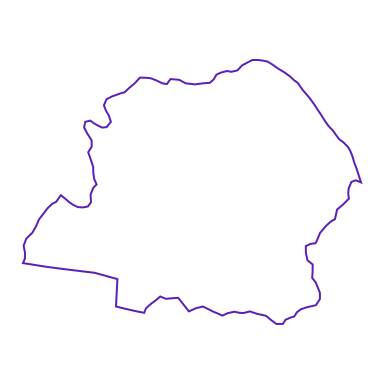 outline of Paracuru, Ceará, Brazil
{"feature_id": "56859067B64518825165882", "entity_name": "Paracuru", "entity_type": "district", "adm_level": 2, "iso_a3": "BRA", "parent_name": "Brazil", "parent_adm1": "Ceará", "projection": "robinson", "projection_center": [-39.039, -3.479], "detail": "fine", "context": "isolated", "style": "outline", "palette": "violet", "viewbox_px": 384, "rotation_deg": 0, "n_neighbors": 0, "source": "geoboundaries", "source_scale": "gbopen_adm2", "svg_char_len": 1969}
<svg xmlns="http://www.w3.org/2000/svg" viewBox="0 0 384 384"><path d="M361.0,182.4L356.7,169.0L354.1,162.1L352.7,157.0L350.3,151.0L348.0,147.0L343.5,142.4L339.3,139.3L336.4,135.5L332.8,130.4L328.6,126.1L324.7,120.6L321.2,115.0L318.0,110.2L313.8,103.8L309.2,97.5L306.2,94.0L302.4,89.6L297.7,82.8L294.1,80.3L289.9,76.3L284.9,72.7L277.4,68.1L272.2,64.4L267.4,61.5L262.7,60.6L258.2,60.0L252.3,60.0L247.7,62.4L242.1,65.4L237.4,70.4L231.3,71.8L226.9,71.0L220.6,72.7L216.4,74.7L213.7,79.4L209.9,82.8L203.0,83.3L195.2,84.4L185.6,83.3L179.1,79.8L170.5,79.1L166.8,84.1L162.3,83.3L156.3,80.4L150.9,78.3L146.4,77.8L140.0,77.6L134.4,83.6L129.2,87.9L124.7,92.2L119.6,93.7L111.8,96.5L106.5,99.3L103.9,105.3L105.8,110.3L108.7,115.3L110.9,121.8L106.7,127.1L102.2,127.6L98.4,125.8L94.6,123.7L90.2,120.6L85.2,121.9L84.1,127.4L87.4,133.7L91.6,140.3L91.7,146.7L88.2,152.2L90.6,159.1L93.2,166.9L93.3,173.0L94.3,179.3L96.6,184.4L93.2,187.9L90.6,194.5L91.0,202.3L87.9,206.5L82.9,207.4L77.8,207.1L72.7,204.6L68.9,201.9L65.4,198.8L60.8,195.2L56.2,201.8L52.1,203.9L47.7,208.1L43.2,214.0L39.0,219.4L36.0,226.4L32.4,232.7L26.3,238.6L23.6,245.7L25.0,252.7L24.9,258.6L23.0,263.1L47.0,266.9L68.9,269.7L94.6,272.8L117.4,279.1L116.0,306.5L124.1,308.5L129.7,309.8L137.3,311.5L144.2,312.8L146.0,308.3L150.9,303.9L156.3,299.9L160.3,296.5L165.7,298.8L178.2,297.8L188.9,311.4L196.0,308.2L202.9,306.5L207.6,308.8L212.9,311.5L217.3,313.3L222.4,315.6L227.6,313.2L234.5,311.7L239.4,312.8L243.7,313.0L249.9,311.4L257.0,313.8L266.0,315.8L271.8,320.6L276.5,324.0L282.9,323.9L285.4,319.9L289.9,317.8L294.3,316.4L296.9,312.3L300.8,309.3L307.1,307.2L315.9,305.2L319.9,299.1L319.9,292.8L317.6,287.0L315.8,282.6L312.2,277.9L312.6,272.0L312.7,264.5L307.5,260.3L305.9,253.0L305.8,246.1L310.5,243.9L315.6,243.2L317.8,238.5L320.0,233.0L326.3,225.6L330.7,221.6L335.0,219.1L337.1,209.5L343.0,204.6L348.9,198.6L348.2,193.0L348.7,188.4L351.4,181.9L355.8,180.3L361.0,182.4Z" fill="none" stroke="#5b21b6" stroke-width="2"/></svg>